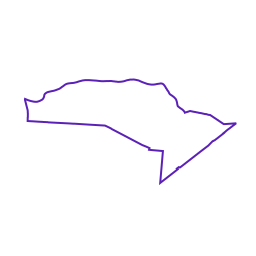 Ozolnieku pag., Ozolnieku, Latvia, rotated 9°
{"feature_id": "27541924B82010930676702", "entity_name": "Ozolnieku pag.", "entity_type": "district", "adm_level": 2, "iso_a3": "LVA", "parent_name": "Latvia", "parent_adm1": "Ozolnieku", "projection": "robinson", "projection_center": [23.771, 56.688], "detail": "fine", "context": "isolated", "style": "outline", "palette": "violet", "viewbox_px": 256, "rotation_deg": 9, "n_neighbors": 0, "source": "geoboundaries", "source_scale": "gbopen_adm2", "svg_char_len": 2824}
<svg xmlns="http://www.w3.org/2000/svg" viewBox="0 0 256 256"><g transform="rotate(9 128 128)"><path d="M21.8,115.4L21.8,115.8L21.8,116.2L26.0,125.9L26.3,126.8L26.5,127.9L26.7,128.9L26.8,129.1L27.4,133.1L27.3,133.3L27.8,136.8L32.0,136.4L32.8,136.3L38.2,135.8L38.3,135.8L43.0,135.3L43.3,135.3L43.5,135.3L47.9,134.8L48.4,134.9L69.1,132.7L73.5,132.3L73.8,132.2L89.6,130.7L104.9,129.2L106.0,129.5L107.0,129.8L108.0,130.1L109.1,130.4L110.3,130.8L111.5,131.2L111.9,131.5L122.9,135.2L145.3,142.8L145.7,142.8L147.7,143.3L148.2,143.4L149.8,143.8L150.2,143.9L152.0,144.4L152.4,144.5L152.2,146.2L154.7,146.1L166.1,145.3L168.4,177.2L183.4,161.2L182.9,161.0L182.5,160.5L184.2,158.8L184.6,159.1L185.6,158.5L185.8,158.6L203.5,139.7L210.1,132.8L212.2,129.8L213.0,128.7L213.7,127.7L214.5,127.4L215.0,126.8L215.5,126.6L216.6,125.4L217.4,124.6L218.1,123.9L218.6,123.3L223.3,118.3L223.1,118.2L224.1,117.1L225.1,116.0L225.4,115.5L225.6,115.3L226.7,114.1L228.0,112.8L228.9,111.9L229.3,111.4L229.8,110.9L230.3,110.4L230.7,109.9L231.2,109.4L231.7,108.9L232.2,108.4L232.7,107.9L233.8,106.7L234.2,106.4L226.9,108.1L223.4,108.9L222.0,109.2L207.1,102.3L205.4,102.4L203.5,102.1L202.8,102.0L202.3,102.2L199.3,102.0L198.2,101.9L197.2,101.9L196.4,101.9L195.2,101.9L194.7,101.8L193.4,101.8L191.9,101.7L190.3,101.7L186.7,101.5L186.0,101.8L185.0,102.4L184.0,102.8L183.8,103.0L182.4,103.6L181.8,104.0L181.2,103.1L179.8,101.9L178.5,101.1L176.5,100.2L175.2,99.5L173.8,98.7L173.1,97.3L172.5,95.4L172.0,94.2L171.0,92.3L170.0,91.4L168.7,90.4L166.5,89.2L165.4,88.7L164.3,88.2L163.7,87.7L163.0,86.9L162.6,86.2L162.2,85.7L161.5,85.0L160.8,84.4L160.3,83.6L159.5,82.9L158.9,82.1L158.5,81.6L157.9,80.9L156.4,79.5L155.2,78.9L153.9,78.8L152.9,79.0L152.7,79.1L151.1,79.6L149.5,80.1L148.0,80.7L146.5,81.1L145.3,81.3L144.1,81.5L143.1,81.5L141.4,81.5L139.9,81.4L136.8,80.8L135.2,80.5L134.0,80.2L132.5,79.8L131.1,79.4L129.6,79.3L128.0,79.2L126.0,79.2L124.7,79.5L122.4,79.9L121.5,80.3L120.9,80.5L120.6,80.6L120.3,80.7L119.3,81.1L117.4,82.1L116.3,82.6L115.1,83.0L113.8,83.4L112.0,83.8L111.0,84.0L109.8,84.0L108.3,84.1L107.2,84.1L106.0,84.2L104.2,84.2L103.3,84.3L101.9,84.6L99.5,85.0L97.5,85.4L96.0,85.7L94.5,85.9L93.1,86.0L91.2,86.1L88.9,86.2L86.9,86.4L82.2,86.8L78.3,87.4L76.9,87.8L75.6,88.2L74.5,88.7L72.4,89.6L69.9,90.9L69.2,91.2L68.4,91.5L67.4,91.9L66.3,92.2L65.1,92.5L64.5,92.6L63.7,92.9L62.8,93.1L62.0,93.4L61.2,93.7L60.2,94.2L59.3,94.9L58.6,95.5L58.0,96.2L56.9,97.3L56.4,97.7L56.2,97.9L55.6,98.6L54.2,99.9L53.9,100.1L50.9,101.8L49.4,102.6L48.4,103.0L47.0,103.5L45.5,104.1L43.3,105.0L42.3,105.6L41.3,106.5L40.6,107.3L40.4,107.8L40.2,108.4L40.2,110.2L39.7,112.1L39.4,112.6L38.6,113.6L37.6,114.3L36.7,115.0L35.8,115.5L34.8,116.0L33.9,116.4L31.6,116.7L30.4,116.7L28.4,116.6L27.3,116.5L25.2,116.2L22.6,115.6L21.8,115.4Z" fill="none" stroke="#5b21b6" stroke-width="2"/></g></svg>